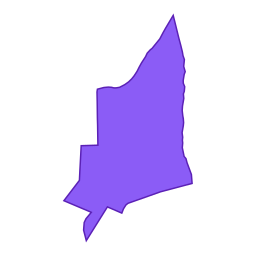 the district of São Pedro do Paraná, Paraná, Brazil
{"feature_id": "56859067B21029400594343", "entity_name": "São Pedro do Paraná", "entity_type": "district", "adm_level": 2, "iso_a3": "BRA", "parent_name": "Brazil", "parent_adm1": "Paraná", "projection": "equal_earth", "projection_center": [-53.17, -22.776], "detail": "fine", "context": "isolated", "style": "filled", "palette": "violet", "viewbox_px": 256, "rotation_deg": 0, "n_neighbors": 0, "source": "geoboundaries", "source_scale": "gbopen_adm2", "svg_char_len": 1011}
<svg xmlns="http://www.w3.org/2000/svg" viewBox="0 0 256 256"><path d="M192.1,183.4L191.4,174.5L187.0,162.6L186.0,158.7L184.1,156.4L182.3,147.7L182.7,143.0L182.4,140.2L182.7,137.2L182.1,132.7L183.3,125.7L183.6,122.7L183.3,118.6L182.8,115.9L182.2,110.5L182.5,106.0L183.8,98.5L183.4,93.9L184.3,91.3L184.7,86.7L183.3,83.3L183.2,80.5L184.2,74.4L185.2,71.7L183.7,66.4L184.4,59.6L183.0,55.6L182.4,52.0L180.7,45.1L178.9,38.4L175.0,22.6L173.2,15.4L165.7,28.0L163.1,32.6L159.8,38.9L154.1,45.9L152.1,48.4L150.4,49.7L147.2,53.2L145.6,56.6L141.4,63.1L139.2,67.1L137.1,71.3L134.1,75.9L131.7,78.9L128.6,81.9L124.8,84.6L119.6,87.3L116.0,87.9L113.9,87.9L111.5,87.3L108.2,87.1L103.9,87.5L97.4,89.2L97.0,92.0L97.2,101.9L97.3,109.8L97.4,117.9L97.6,125.1L97.9,145.2L81.2,145.7L80.3,162.8L79.9,170.4L79.4,180.4L63.9,200.7L91.3,212.3L89.0,215.1L86.0,218.7L84.2,222.5L83.6,230.1L86.3,240.6L107.4,206.9L121.8,213.1L123.5,208.8L125.9,205.0L128.0,203.3L160.5,191.8L192.1,183.4Z" fill="#8b5cf6" stroke="#5b21b6" stroke-width="1.5"/></svg>